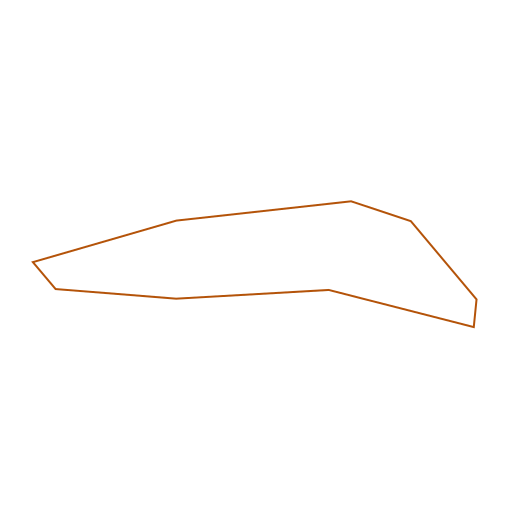 outline of Tuvalu, rotated 273°
{"feature_id": "TUV", "entity_name": "Tuvalu", "entity_type": "country or territory", "adm_level": 0, "iso_a3": "TUV", "parent_name": "Oceania", "parent_adm1": "", "projection": "robinson", "projection_center": [179.205, -8.501], "detail": "fine", "context": "isolated", "style": "outline", "palette": "amber", "viewbox_px": 512, "rotation_deg": 273, "n_neighbors": 0, "source": "natural_earth", "source_scale": "50m", "svg_char_len": 284}
<svg xmlns="http://www.w3.org/2000/svg" viewBox="0 0 512 512"><g transform="rotate(273 256 256)"><path d="M298.9,408.8L224.2,478.5L196.4,477.2L225.9,330.4L209.2,178.5L212.5,57.6L238.2,33.5L287.2,174.7L315.6,348.1L298.9,408.8Z" fill="none" stroke="#b45309" stroke-width="2"/></g></svg>